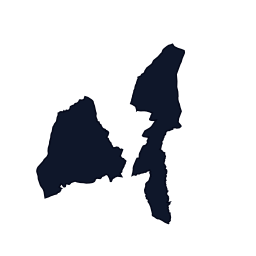 the district of Masasi, Mtwara, United Republic of Tanzania, rotated 110°
{"feature_id": "72390352B56058142056871", "entity_name": "Masasi", "entity_type": "district", "adm_level": 2, "iso_a3": "TZA", "parent_name": "United Republic of Tanzania", "parent_adm1": "Mtwara", "projection": "orthographic", "projection_center": [38.96, -10.762], "detail": "fine", "context": "isolated", "style": "filled", "palette": "ink", "viewbox_px": 256, "rotation_deg": 110, "n_neighbors": 0, "source": "geoboundaries", "source_scale": "gbopen_adm2", "svg_char_len": 5926}
<svg xmlns="http://www.w3.org/2000/svg" viewBox="0 0 256 256"><g transform="rotate(110 128 128)"><path d="M221.9,182.0L219.6,179.1L217.9,177.5L216.6,175.8L215.8,175.0L214.2,172.6L213.9,172.4L212.6,172.3L212.1,171.3L211.6,171.0L211.3,170.5L209.6,170.1L208.9,170.3L208.3,170.3L207.6,169.8L207.4,171.9L207.3,172.3L207.0,172.4L203.6,172.0L203.2,171.7L203.7,170.3L205.1,168.4L204.9,167.5L204.4,167.0L202.1,167.4L201.6,167.2L201.3,166.5L201.0,164.1L199.9,163.4L199.1,163.3L198.4,162.7L196.1,159.9L195.8,159.0L195.9,157.5L195.3,154.0L194.4,151.2L193.9,148.4L192.6,145.4L191.4,143.2L190.9,142.5L189.7,141.5L188.6,141.2L187.3,141.4L186.1,140.5L185.6,139.9L184.9,136.9L183.9,136.3L182.8,136.2L182.1,135.8L181.2,134.5L178.9,132.8L179.0,131.3L179.3,130.3L180.4,129.4L180.7,128.7L183.1,126.8L184.0,126.4L184.1,126.1L183.9,125.6L183.7,125.5L180.5,125.4L179.9,124.4L178.6,123.7L176.7,121.5L175.8,117.3L173.8,119.7L173.0,120.0L171.4,119.0L169.5,119.5L165.1,118.8L164.5,118.9L163.9,119.4L162.7,118.6L161.0,118.9L159.9,118.8L159.5,119.2L159.6,119.6L159.2,120.7L158.5,121.7L158.6,122.7L158.4,124.0L157.3,125.3L157.2,125.8L150.3,125.7L150.1,126.7L150.8,127.8L150.9,128.5L149.9,130.2L149.7,130.7L150.1,132.5L150.7,132.9L151.2,133.9L151.7,134.3L151.5,135.6L150.5,136.8L150.0,137.1L149.6,138.0L148.0,139.0L147.7,139.9L146.0,142.2L144.8,143.0L144.2,145.0L141.4,144.5L139.2,144.7L138.6,145.1L138.1,146.1L138.1,146.5L138.3,146.8L138.1,147.0L138.5,147.2L138.4,147.4L138.6,147.7L138.0,147.8L137.8,148.6L137.3,148.9L137.5,149.6L137.3,150.0L137.7,150.2L137.8,150.4L137.1,151.2L137.0,151.8L136.2,153.0L135.8,153.3L135.6,153.9L134.8,154.2L134.6,154.6L134.3,154.8L134.2,156.0L132.3,157.5L132.7,158.7L132.5,159.2L130.6,160.2L129.9,161.0L128.6,162.0L127.7,162.5L125.6,162.9L125.0,163.2L123.6,164.3L118.9,167.2L116.1,169.5L115.5,169.7L114.7,170.6L114.1,172.1L113.2,176.1L113.2,176.9L113.3,179.1L114.9,179.1L115.8,178.8L116.1,179.0L117.3,180.2L118.1,181.9L118.0,182.7L118.6,183.1L119.9,183.1L121.5,183.8L122.3,184.4L123.1,185.8L123.5,186.1L124.7,186.2L126.1,187.9L127.6,189.3L129.9,189.0L132.0,189.9L132.2,190.2L132.4,191.9L132.6,192.1L133.3,192.2L133.6,192.4L134.3,193.3L133.8,194.1L135.3,194.6L135.7,196.5L136.2,197.3L137.5,198.1L137.9,198.6L138.3,198.4L139.8,197.9L142.2,198.0L146.0,197.3L147.2,197.5L149.2,198.2L151.7,198.4L152.7,198.7L157.4,197.8L159.3,198.0L161.0,197.8L163.5,197.1L167.3,196.8L170.0,196.1L174.0,195.9L176.9,195.1L179.0,194.0L180.7,193.8L183.0,194.2L186.3,195.8L188.3,196.1L195.5,199.0L196.9,199.2L198.7,199.1L200.2,198.6L203.8,195.9L206.5,194.7L211.5,190.7L212.5,189.5L213.9,187.3L215.0,186.1L216.7,184.8L221.9,182.0ZM183.5,63.2L184.2,64.1L184.6,65.8L184.4,66.0L182.9,65.4L180.6,65.8L180.4,66.6L179.1,66.4L178.4,67.3L177.5,68.9L176.6,69.4L175.7,69.6L175.0,69.4L174.4,69.5L173.8,69.2L173.8,69.9L172.9,70.3L172.9,70.6L172.7,70.8L171.8,70.9L168.7,73.5L168.3,73.4L168.3,73.7L168.0,73.7L167.7,74.1L166.9,74.0L166.8,74.6L166.5,74.8L165.8,74.8L165.1,75.1L164.9,74.7L164.3,74.5L163.5,75.3L163.0,75.4L162.5,75.9L161.9,76.0L160.9,75.7L160.7,75.9L160.3,75.7L159.9,75.8L159.3,76.5L158.7,76.8L158.1,76.8L157.5,76.4L155.2,76.9L155.0,77.4L154.4,77.5L154.2,77.9L154.5,78.5L154.4,78.7L153.3,79.4L151.6,79.3L151.1,80.1L150.4,80.5L149.9,81.8L148.7,82.4L147.5,82.6L146.1,82.6L144.9,83.3L144.1,83.1L144.0,82.9L143.0,83.2L142.0,83.2L140.2,84.8L138.9,85.1L138.8,87.6L138.1,88.0L137.9,88.4L137.6,89.2L137.8,89.4L137.7,89.7L137.4,90.0L137.1,90.8L136.0,90.4L132.1,91.0L131.2,90.7L129.3,91.7L128.6,91.8L127.2,91.2L125.7,91.5L124.4,91.2L123.0,91.5L122.2,91.3L121.3,90.7L119.2,91.1L117.7,90.8L116.5,89.4L116.2,88.4L115.5,87.7L115.0,87.7L114.6,86.7L113.8,85.7L112.9,86.1L112.3,85.5L111.4,83.8L111.3,82.2L110.1,79.9L108.4,78.9L108.0,79.0L107.6,79.5L105.5,83.1L104.6,83.2L101.8,83.9L94.1,83.8L89.7,87.3L89.7,87.1L87.7,88.4L86.7,89.5L83.6,91.4L82.8,91.5L82.2,92.0L81.5,91.9L80.4,92.3L76.9,93.8L72.9,96.4L67.4,98.2L61.0,101.1L50.2,101.1L47.6,100.8L44.4,101.1L38.7,100.8L37.6,101.0L36.2,101.8L36.1,104.6L36.3,108.4L35.9,112.2L35.4,113.2L34.1,114.8L35.5,116.4L36.4,117.8L37.9,119.0L41.3,121.1L42.8,121.7L45.8,121.7L46.8,122.3L50.9,123.9L55.6,126.7L56.7,127.0L58.1,127.0L60.0,127.4L65.1,130.7L68.7,131.5L70.2,131.3L71.6,132.1L72.9,133.3L74.8,133.6L76.9,135.9L78.0,135.2L79.9,135.5L80.8,135.2L81.6,135.4L83.6,135.1L85.2,135.4L87.2,135.2L88.9,134.8L90.9,135.1L92.3,134.7L96.1,134.5L97.2,134.2L99.9,134.1L100.7,133.8L104.1,133.8L104.1,132.8L104.2,131.7L105.0,128.1L108.1,125.8L108.5,125.7L108.2,125.5L108.0,125.0L107.5,122.4L106.0,118.5L105.5,116.3L105.3,113.3L105.5,110.2L107.3,110.2L108.9,110.5L110.2,110.2L111.8,110.6L112.6,110.4L112.8,109.7L112.6,108.2L112.0,106.4L111.0,104.3L118.6,106.2L120.9,107.5L125.0,111.0L129.7,111.7L130.2,111.7L130.6,110.6L129.6,105.3L132.7,105.2L133.6,105.5L134.4,104.5L136.6,104.8L137.1,105.1L137.9,105.0L139.7,107.4L141.8,107.8L145.5,108.0L147.7,108.3L149.1,108.1L151.5,107.3L152.3,107.3L152.8,107.4L153.4,109.0L154.6,109.2L161.6,109.5L162.8,109.4L163.9,109.2L165.1,108.7L167.9,108.1L171.0,107.8L169.7,106.6L169.6,104.6L169.3,104.3L168.4,104.2L167.9,103.8L167.2,101.8L166.0,100.7L164.8,98.5L164.0,97.8L163.3,96.1L162.2,95.8L161.3,94.5L160.2,93.5L160.1,93.2L160.9,92.7L161.5,91.7L162.5,92.1L163.1,91.7L163.7,90.8L164.5,90.7L165.6,90.0L166.4,90.3L170.1,90.1L171.4,90.6L173.0,91.6L174.2,92.0L174.7,92.0L176.7,91.2L180.3,91.1L181.3,90.7L183.2,89.6L184.0,87.9L185.2,88.0L185.9,87.9L186.8,86.6L187.4,86.7L187.9,86.4L188.1,84.8L188.4,84.1L190.3,83.8L191.7,81.8L194.2,79.5L199.7,75.8L200.3,75.5L201.4,75.3L201.9,74.7L202.1,73.0L202.9,70.4L203.0,69.0L202.6,67.8L202.6,67.1L203.0,63.9L203.7,61.1L203.9,57.4L203.7,57.3L203.6,57.5L202.1,57.8L201.6,57.1L200.3,56.8L199.7,57.2L197.4,57.6L194.8,59.1L193.7,59.5L193.9,60.1L193.3,60.9L192.8,61.3L191.8,61.5L191.5,62.0L191.1,62.1L190.5,62.8L190.1,62.9L190.0,63.3L189.5,63.2L189.2,63.0L188.7,63.2L188.1,63.9L187.5,64.3L184.9,62.9L183.9,63.3L183.5,63.2Z" fill="#0f172a" stroke="#020617" stroke-width="1.5"/></g></svg>